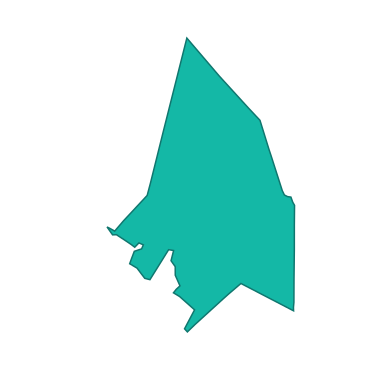 Murici, Alagoas, Brazil, rotated 340°
{"feature_id": "56859067B92034716727296", "entity_name": "Murici", "entity_type": "district", "adm_level": 2, "iso_a3": "BRA", "parent_name": "Brazil", "parent_adm1": "Alagoas", "projection": "equal_earth", "projection_center": [-35.962, -9.277], "detail": "fine", "context": "isolated", "style": "filled", "palette": "teal", "viewbox_px": 384, "rotation_deg": 340, "n_neighbors": 0, "source": "geoboundaries", "source_scale": "gbopen_adm2", "svg_char_len": 900}
<svg xmlns="http://www.w3.org/2000/svg" viewBox="0 0 384 384"><g transform="rotate(340 192 192)"><path d="M206.7,294.7L246.8,338.4L247.9,335.1L250.0,330.6L258.3,308.1L268.4,281.3L276.9,258.0L283.8,239.6L283.2,236.1L283.2,230.6L280.2,229.0L277.8,226.4L277.3,221.6L278.1,200.8L278.7,185.6L278.9,178.4L280.4,147.9L273.8,132.5L259.8,98.5L257.1,91.9L239.8,45.6L185.6,125.5L155.6,170.0L148.7,179.9L117.7,195.7L106.0,202.3L102.3,198.0L100.2,195.8L102.7,205.1L106.4,206.3L114.2,216.8L117.0,220.7L119.3,224.3L124.7,221.7L128.2,225.0L125.2,228.2L117.5,228.0L112.4,233.9L108.9,238.1L114.3,244.7L116.1,250.6L118.1,257.0L122.5,260.0L142.8,244.1L150.3,238.2L154.7,240.7L148.8,249.4L150.7,256.4L149.4,260.0L147.8,264.5L148.6,276.1L143.8,278.1L140.1,280.4L144.6,286.0L154.1,303.6L138.2,318.0L139.8,321.9L149.4,317.6L184.7,303.1L191.2,300.5L206.7,294.7Z" fill="#14b8a6" stroke="#0f766e" stroke-width="1.5"/></g></svg>